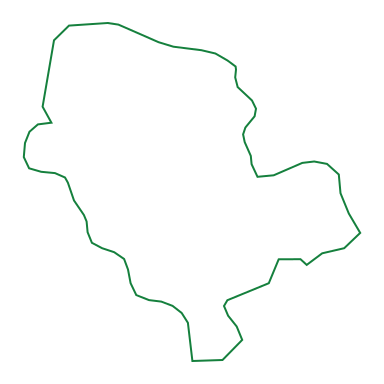 the border of Cibitoke
{"feature_id": "BDI-2638", "entity_name": "Cibitoke", "entity_type": "Province", "adm_level": 1, "iso_a3": "BDI", "parent_name": "Burundi", "parent_adm1": "", "projection": "albers", "projection_center": [29.231, -2.849], "detail": "fine", "context": "isolated", "style": "outline", "palette": "green", "viewbox_px": 384, "rotation_deg": 0, "n_neighbors": 0, "source": "natural_earth", "source_scale": "10m", "svg_char_len": 958}
<svg xmlns="http://www.w3.org/2000/svg" viewBox="0 0 384 384"><path d="M107.6,23.0L118.4,24.6L158.6,42.2L173.4,46.7L201.4,50.2L215.4,53.5L227.5,60.5L235.6,66.5L236.0,69.6L235.2,77.4L237.5,86.4L237.6,87.0L252.0,100.5L256.0,108.7L254.6,116.3L245.4,127.5L243.1,134.4L244.7,142.1L250.8,155.9L251.6,164.2L257.5,176.8L273.7,175.3L302.3,162.9L314.2,161.5L327.0,163.9L338.8,174.5L340.5,193.2L348.8,213.5L360.2,232.9L344.2,248.2L322.2,253.3L306.7,264.9L300.5,259.2L278.7,259.3L268.8,283.2L227.4,300.2L224.0,306.0L228.1,315.7L236.7,326.5L242.2,339.9L222.5,360.0L192.4,361.0L187.9,322.8L181.7,313.0L172.6,305.9L161.3,301.6L149.0,300.1L136.3,295.1L130.6,283.2L128.0,269.5L124.1,259.0L114.2,252.2L102.1,248.2L91.9,242.8L87.6,232.2L86.6,221.5L83.9,215.0L74.0,200.5L67.9,182.7L65.0,177.5L55.0,173.1L41.2,171.8L29.1,168.3L23.8,157.1L25.0,143.0L29.5,131.7L37.9,124.4L51.4,122.7L42.6,106.7L54.0,40.3L69.0,25.6L107.6,23.0Z" fill="none" stroke="#15803d" stroke-width="2"/></svg>